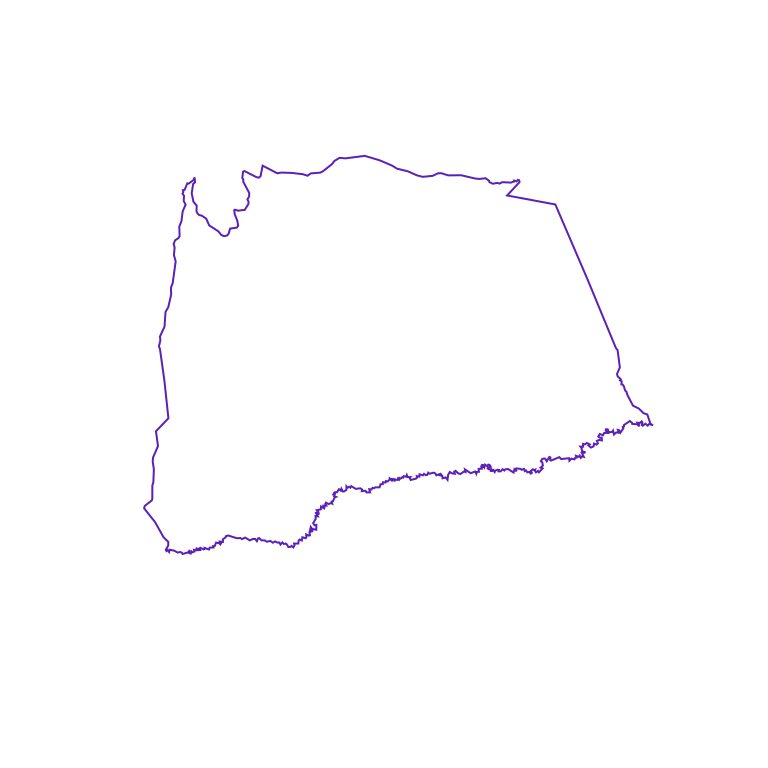 the district of Bosconia, Cesar, Colombia, rotated 294°
{"feature_id": "7082276B36091945670485", "entity_name": "Bosconia", "entity_type": "district", "adm_level": 2, "iso_a3": "COL", "parent_name": "Colombia", "parent_adm1": "Cesar", "projection": "robinson", "projection_center": [-73.906, 9.931], "detail": "fine", "context": "isolated", "style": "outline", "palette": "violet", "viewbox_px": 768, "rotation_deg": 294, "n_neighbors": 0, "source": "geoboundaries", "source_scale": "gbopen_adm2", "svg_char_len": 6154}
<svg xmlns="http://www.w3.org/2000/svg" viewBox="0 0 768 768"><g transform="rotate(294 384 384)"><path d="M495.7,126.9L492.8,127.0L487.6,124.1L487.3,122.7L480.4,122.9L479.2,121.4L477.9,122.6L476.0,122.5L474.5,124.8L469.7,126.6L467.2,129.8L459.7,129.9L450.5,132.7L444.4,133.0L436.0,137.1L433.7,136.9L430.3,134.7L426.4,134.9L423.4,137.3L416.4,139.6L411.3,143.8L390.3,149.9L385.3,150.2L379.1,153.2L366.4,155.7L361.0,155.1L347.0,160.2L336.3,160.0L332.8,162.0L326.7,163.1L325.0,165.0L298.1,181.8L265.0,201.0L248.1,194.9L235.3,202.8L223.0,202.9L219.1,204.2L212.6,208.4L200.3,213.3L197.2,213.6L184.7,219.1L183.1,219.2L175.3,215.0L172.9,215.4L164.6,231.2L154.3,245.0L152.0,251.2L148.6,252.6L143.8,252.1L142.9,253.2L144.2,253.8L143.1,256.0L145.4,255.5L146.4,260.1L146.1,264.1L147.6,266.0L147.7,267.8L146.8,269.2L150.7,273.7L152.3,273.9L151.5,275.5L150.4,275.2L150.5,276.4L152.7,276.1L152.2,277.3L153.8,278.9L155.2,277.9L155.6,279.9L157.6,279.7L157.7,280.7L156.5,281.6L157.5,283.5L158.5,282.2L159.6,282.7L159.5,286.4L160.5,287.3L161.3,286.8L161.6,291.4L163.6,291.3L165.3,294.7L166.4,293.8L167.3,295.3L170.9,295.1L171.2,297.2L171.9,297.6L170.9,299.7L172.3,299.9L173.4,298.4L174.2,301.1L176.6,300.0L179.5,301.7L180.5,301.4L182.2,303.2L183.3,312.4L184.9,315.5L184.5,317.4L187.2,319.6L186.6,325.1L189.1,327.2L190.1,329.3L188.7,331.8L191.9,331.8L192.5,332.7L191.3,335.6L192.6,338.5L192.2,341.0L194.4,344.0L193.8,347.0L195.9,348.5L195.8,351.2L196.6,352.8L195.2,354.8L197.9,355.5L197.1,357.6L198.2,358.9L198.0,360.4L196.2,362.9L197.1,364.7L198.5,365.4L197.8,367.6L200.2,367.9L201.7,366.7L203.4,370.6L206.5,369.7L207.7,370.3L207.6,372.6L210.8,371.8L211.2,375.1L212.4,375.5L214.9,374.1L214.9,376.9L215.6,377.9L218.1,376.3L223.6,375.3L222.8,376.7L219.4,377.3L220.1,378.3L222.6,378.1L223.3,381.4L227.8,379.5L226.7,378.1L228.0,375.9L233.0,376.5L235.5,375.2L236.2,377.4L238.4,374.2L239.1,374.8L238.0,376.6L238.8,377.2L240.3,376.2L241.4,373.9L243.8,377.3L246.5,376.3L246.0,379.9L247.4,379.7L248.3,378.3L249.5,380.8L250.7,379.2L252.0,379.2L251.8,382.3L253.6,383.9L253.6,385.4L255.3,384.0L256.1,385.0L260.3,385.1L261.3,386.0L261.2,384.1L263.2,383.9L262.6,382.6L265.0,382.9L265.9,385.0L269.6,385.7L269.0,387.9L271.0,387.7L269.1,390.1L269.6,391.2L272.0,392.7L275.3,391.3L274.6,393.0L276.0,394.1L275.6,395.4L277.4,395.6L276.7,400.8L279.1,404.8L278.7,406.9L277.1,407.3L278.9,410.4L277.9,412.2L279.3,415.4L281.9,413.3L282.5,415.4L284.5,415.8L284.8,417.4L286.1,418.1L287.8,422.0L291.0,421.6L292.0,423.6L293.8,423.0L294.6,425.5L296.1,425.2L296.6,427.1L298.9,428.0L300.0,427.6L299.1,430.1L300.4,429.6L301.1,431.7L300.0,431.8L300.0,433.1L301.3,433.1L301.9,435.5L303.5,435.3L303.0,436.6L304.4,436.3L304.3,437.7L306.3,438.6L306.2,439.5L307.9,439.5L308.3,442.0L310.1,441.9L308.6,443.4L309.6,445.9L308.7,445.5L307.2,447.4L310.5,451.6L312.0,452.3L313.2,451.4L313.7,454.0L316.0,453.2L316.4,456.7L318.2,457.1L317.7,459.1L318.4,460.4L321.0,460.5L320.5,462.0L323.2,465.4L323.2,467.2L321.9,469.0L325.0,472.2L324.5,473.1L323.4,472.5L323.7,474.7L321.7,475.9L323.7,478.4L322.3,481.0L327.2,479.5L330.4,479.9L330.0,482.2L330.8,485.2L332.5,483.8L333.8,484.7L332.6,487.8L332.8,490.4L336.6,492.7L336.7,494.2L338.9,492.7L337.8,499.4L341.1,502.9L339.5,504.8L341.4,504.5L342.4,506.4L344.9,505.0L346.5,507.8L348.1,506.5L348.4,508.0L350.0,506.7L350.3,507.7L348.8,509.5L351.4,509.1L350.9,511.5L352.8,512.1L352.9,513.7L351.7,515.2L350.0,512.7L349.1,513.0L348.7,514.5L349.7,516.3L348.0,516.9L348.5,518.2L349.7,517.9L350.1,518.7L348.6,520.9L350.2,520.9L351.7,522.4L352.2,523.9L350.8,524.1L351.6,526.1L354.4,527.0L353.9,529.1L355.2,529.4L356.8,531.9L355.8,538.4L359.2,537.8L358.1,540.7L359.8,538.9L360.7,539.2L362.0,543.3L361.6,544.6L363.4,546.5L361.7,548.0L362.8,548.9L361.6,550.9L362.9,552.7L361.8,554.5L362.9,555.2L364.4,553.6L366.6,554.7L366.4,556.1L367.3,557.0L366.1,557.2L365.1,558.7L367.2,560.0L366.3,561.4L371.4,563.2L371.3,561.1L374.1,562.3L376.8,560.5L377.2,558.7L380.1,559.1L381.4,561.6L379.6,564.1L384.6,564.7L384.6,565.9L382.1,566.8L382.0,567.8L388.5,573.9L387.5,576.4L391.5,583.3L389.3,584.6L392.0,585.6L392.6,588.6L394.4,588.7L395.1,589.9L396.5,588.7L396.7,591.5L398.2,591.9L396.6,593.8L398.5,594.4L398.7,596.1L401.6,592.7L402.7,595.1L403.4,595.2L403.3,592.1L405.7,590.7L406.7,588.9L407.7,591.3L410.3,590.2L410.6,592.2L412.6,593.3L412.5,596.5L411.0,595.8L410.1,598.9L412.3,600.8L415.0,600.1L415.1,602.9L416.8,603.5L418.7,601.6L420.5,603.5L421.1,606.0L423.6,604.7L422.7,602.9L423.2,601.1L426.1,601.5L426.3,604.9L428.9,605.1L430.3,608.3L431.7,605.4L432.9,605.2L433.6,606.8L431.4,609.0L433.0,611.9L434.6,612.2L431.4,614.6L434.2,615.8L434.9,618.2L437.2,616.3L437.4,617.6L435.8,619.8L440.7,620.7L441.8,619.6L442.8,620.5L444.1,619.9L450.1,623.6L449.5,626.4L448.5,627.0L450.1,631.4L449.5,633.8L450.2,633.9L451.7,631.3L452.5,633.6L454.7,634.6L454.1,635.7L451.5,636.2L451.1,637.3L454.0,638.9L453.2,641.8L455.3,642.5L455.7,646.6L456.0,643.6L463.3,636.9L462.9,633.1L465.2,626.8L465.5,620.3L472.8,611.0L475.6,608.6L476.1,607.0L479.6,603.9L480.6,602.1L480.2,601.1L483.1,600.0L483.3,598.2L484.6,598.4L486.0,594.4L487.9,592.8L495.1,592.7L510.0,583.6L511.2,581.2L562.6,527.1L617.7,467.5L606.3,419.8L623.6,425.7L625.1,424.6L625.0,423.4L623.0,422.6L622.8,420.2L621.9,420.5L619.6,418.0L616.5,410.0L614.1,408.1L613.8,405.7L611.2,401.9L611.3,398.2L612.4,397.3L613.3,393.1L610.2,387.9L608.8,383.8L606.1,369.6L600.7,357.8L599.9,350.6L598.5,347.7L593.9,343.7L589.0,335.1L588.0,329.1L588.0,319.3L586.0,308.2L586.8,302.7L586.6,289.1L584.6,273.7L574.4,256.9L572.6,251.5L567.5,247.9L563.8,247.1L553.3,241.6L551.1,239.7L546.6,231.4L543.2,229.5L542.6,224.4L539.4,214.1L535.4,204.3L533.1,200.8L534.1,184.3L523.7,186.7L521.6,185.8L521.1,183.2L521.8,169.8L520.5,168.9L514.5,170.8L513.7,172.2L511.5,173.2L503.7,183.2L500.4,184.5L497.0,184.2L495.5,186.1L493.4,186.9L486.5,186.0L483.0,180.2L482.6,176.9L481.9,176.5L478.4,178.5L473.5,183.6L469.3,186.4L467.0,185.9L463.3,180.2L458.0,180.9L455.9,180.3L454.0,177.8L454.0,174.6L456.1,170.6L457.8,159.8L462.7,154.4L463.7,148.9L463.1,146.4L464.0,144.2L465.8,142.3L470.7,140.4L473.1,135.7L480.1,130.7L489.2,128.3L491.4,129.4L495.7,126.9Z" fill="none" stroke="#5b21b6" stroke-width="2"/></g></svg>